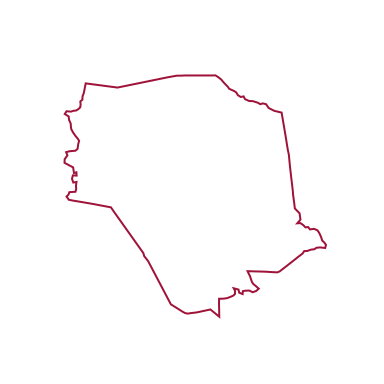 outline of São Bento do Una, Pernambuco, Brazil, rotated 285°
{"feature_id": "56859067B23894909261081", "entity_name": "São Bento do Una", "entity_type": "district", "adm_level": 2, "iso_a3": "BRA", "parent_name": "Brazil", "parent_adm1": "Pernambuco", "projection": "robinson", "projection_center": [-36.461, -8.539], "detail": "fine", "context": "isolated", "style": "outline", "palette": "rose", "viewbox_px": 384, "rotation_deg": 285, "n_neighbors": 0, "source": "geoboundaries", "source_scale": "gbopen_adm2", "svg_char_len": 2057}
<svg xmlns="http://www.w3.org/2000/svg" viewBox="0 0 384 384"><g transform="rotate(285 192 192)"><path d="M155.1,72.0L152.6,75.1L152.9,79.3L153.6,86.4L154.4,94.9L154.9,100.5L155.2,104.6L156.2,117.7L152.9,121.5L122.0,158.9L120.4,160.8L117.6,162.5L114.1,167.3L78.0,200.7L75.5,208.9L73.9,214.0L73.3,216.6L73.4,219.3L74.9,222.7L77.0,227.9L83.3,240.2L78.6,250.6L92.2,246.7L95.9,245.8L97.1,249.9L98.5,253.3L100.6,256.2L102.6,258.7L104.5,259.9L107.6,259.2L109.8,257.2L109.8,262.2L107.0,263.6L106.5,267.3L109.4,266.8L110.6,269.4L111.6,272.9L110.9,276.6L113.1,279.7L115.9,281.5L117.9,277.5L119.0,275.0L120.7,273.1L125.9,269.7L127.7,268.0L129.9,266.2L134.0,283.4L135.5,290.8L136.5,295.3L138.1,297.3L153.2,308.7L156.5,311.1L161.1,314.7L164.0,315.7L164.8,318.5L167.0,321.6L168.4,325.0L170.3,326.6L171.6,329.9L172.4,335.1L175.6,335.1L177.5,332.8L178.8,330.3L181.1,328.9L183.1,327.4L185.6,325.3L187.5,323.0L188.0,319.4L186.4,315.6L188.2,313.2L187.2,310.8L188.9,307.9L190.0,304.6L189.0,301.8L193.4,303.9L199.3,301.4L202.7,295.6L207.5,293.7L215.9,290.2L218.6,289.3L223.7,287.3L229.9,284.8L242.6,279.8L253.1,275.9L257.6,273.6L263.6,270.9L269.9,268.1L291.9,258.0L291.7,250.4L293.0,244.3L296.0,240.8L295.9,237.4L294.5,235.3L295.3,232.3L295.5,227.3L294.7,223.7L295.4,219.2L297.7,217.1L296.4,214.5L297.4,211.3L299.6,209.0L300.4,206.7L300.9,203.8L301.3,201.2L302.9,199.4L305.7,194.7L308.2,191.1L309.7,187.7L310.7,184.6L302.7,154.9L301.4,150.8L300.5,147.4L298.0,142.0L296.0,137.8L293.8,133.4L278.0,101.8L273.6,93.0L269.4,61.2L259.4,61.9L256.4,61.5L252.7,62.2L250.6,60.7L247.6,61.8L244.8,62.1L242.7,60.8L240.8,59.1L239.8,56.6L238.3,54.2L237.5,49.9L234.4,48.9L233.1,53.3L229.8,54.6L226.6,57.2L223.7,58.1L221.5,59.1L218.8,61.6L216.1,64.8L213.9,67.9L212.2,69.7L209.0,69.7L204.0,70.3L201.7,68.7L199.7,63.2L197.9,60.1L195.1,62.2L190.8,60.5L187.2,61.3L186.1,66.0L185.0,70.8L179.8,73.1L181.1,75.2L178.0,76.3L177.2,72.6L173.6,72.7L170.4,74.9L171.8,77.8L167.5,78.4L165.3,79.3L162.1,79.4L161.1,76.5L160.1,73.6L157.5,73.4L155.1,72.0Z" fill="none" stroke="#9f1239" stroke-width="2"/></g></svg>